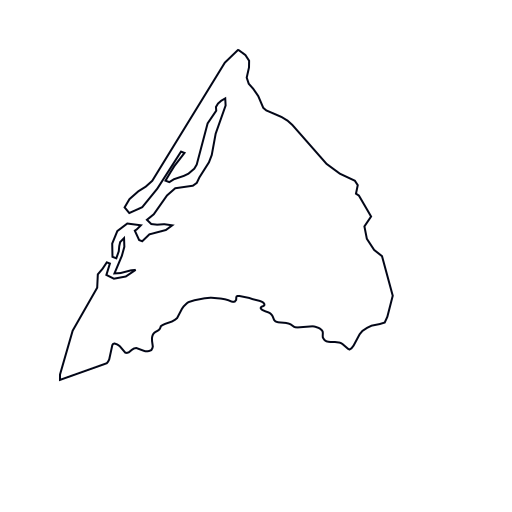 Usulután, Mercator projection, rotated 111°
{"feature_id": "SLV-1354", "entity_name": "Usulután", "entity_type": "Department", "adm_level": 1, "iso_a3": "SLV", "parent_name": "El Salvador", "parent_adm1": "", "projection": "mercator", "projection_center": [-88.42, 13.427], "detail": "fine", "context": "isolated", "style": "outline", "palette": "ink", "viewbox_px": 512, "rotation_deg": 111, "n_neighbors": 0, "source": "natural_earth", "source_scale": "10m", "svg_char_len": 2857}
<svg xmlns="http://www.w3.org/2000/svg" viewBox="0 0 512 512"><g transform="rotate(111 256 256)"><path d="M441.9,394.6L436.9,396.5L391.4,400.4L342.5,392.9L329.8,397.1L323.0,394.7L315.4,393.0L315.4,389.7L327.3,388.9L328.1,380.5L321.8,370.2L312.1,363.4L314.2,367.6L320.5,376.4L323.0,381.9L303.9,381.3L294.6,382.2L286.6,385.6L291.7,387.8L295.8,387.2L300.8,385.8L308.2,385.6L308.2,389.7L295.9,394.7L282.4,394.4L271.8,387.8L268.6,374.5L273.8,376.8L275.8,378.2L283.0,370.8L283.0,367.5L274.0,363.3L264.0,349.4L257.4,345.2L259.2,353.1L262.2,359.5L263.7,365.2L261.3,370.8L253.7,366.4L231.4,360.8L221.7,355.7L213.0,340.1L209.0,337.5L202.8,337.0L185.4,333.5L177.6,333.5L156.2,337.5L126.4,338.3L119.9,341.2L123.5,344.1L127.3,346.1L131.2,346.8L134.6,345.2L149.5,348.7L191.9,344.1L196.6,344.9L203.4,348.6L207.1,352.1L213.7,360.1L218.1,363.4L218.1,367.5L208.3,365.8L201.1,364.4L185.4,359.7L185.4,363.4L228.6,372.3L251.2,379.7L261.3,389.7L257.7,396.1L248.2,394.5L237.7,389.0L230.8,383.8L223.0,379.8L86.7,354.4L70.4,346.8L70.1,346.6L70.1,345.6L72.2,337.9L76.2,332.4L82.5,330.1L92.8,328.6L97.8,324.5L100.9,318.5L105.9,311.2L115.1,302.3L116.4,298.6L117.1,281.8L118.4,274.9L120.6,269.1L144.7,223.2L149.1,207.2L150.3,190.7L153.4,186.4L162.0,185.0L162.7,181.6L177.9,162.7L189.5,165.4L200.2,158.7L208.0,147.9L211.0,138.3L244.1,114.1L265.7,111.6L272.0,112.0L275.2,116.1L279.6,123.1L283.2,126.5L287.8,129.8L291.9,131.2L304.7,132.8L308.0,133.8L309.8,135.2L309.7,136.7L307.2,143.7L306.9,145.3L306.9,146.9L308.0,151.5L309.5,155.3L310.1,157.6L310.4,159.5L310.2,161.0L309.7,162.3L308.9,163.4L308.1,164.4L306.9,165.0L304.0,166.0L302.8,166.6L301.9,167.6L301.4,168.8L300.9,170.2L300.7,171.8L300.8,175.1L301.0,176.6L301.4,178.1L307.8,191.6L308.4,193.6L308.5,194.9L307.4,199.2L307.4,201.4L307.8,204.2L309.9,211.4L310.1,213.4L310.0,214.6L309.3,216.0L309.2,216.2L306.4,218.8L305.6,219.8L304.9,221.1L304.4,222.4L304.2,224.1L304.3,227.4L304.1,230.8L303.6,232.2L302.9,233.0L301.9,232.9L301.0,232.3L300.3,231.4L299.7,230.9L299.0,230.6L298.0,230.9L297.2,231.9L296.7,233.3L296.6,234.9L296.6,236.5L297.5,243.8L297.6,247.3L299.3,257.3L300.0,259.0L300.7,259.6L301.6,259.6L304.1,258.8L306.2,259.5L307.0,260.9L307.3,262.6L307.2,266.0L307.5,269.3L308.3,273.4L311.1,283.2L314.0,289.0L319.3,297.5L323.0,302.2L323.9,303.0L325.1,303.7L329.0,305.5L331.8,306.2L342.2,307.4L344.6,308.8L347.3,311.0L352.0,316.6L354.1,318.6L355.7,319.7L357.0,319.6L358.5,319.7L359.8,320.2L361.0,321.0L363.0,322.7L364.1,323.4L365.4,323.9L366.9,324.1L368.4,324.0L369.9,323.7L372.6,322.6L377.5,319.9L379.2,319.7L381.4,320.0L383.1,321.9L384.0,323.5L384.6,325.2L384.7,326.8L384.8,334.8L386.1,336.8L388.1,338.3L391.5,340.2L392.8,341.9L393.1,343.4L389.1,350.7L388.6,352.4L388.3,354.2L388.4,356.8L389.4,357.9L390.7,358.2L405.0,356.0L406.6,356.1L408.2,356.4L409.6,356.9L441.9,394.6Z" fill="none" stroke="#020617" stroke-width="2"/></g></svg>